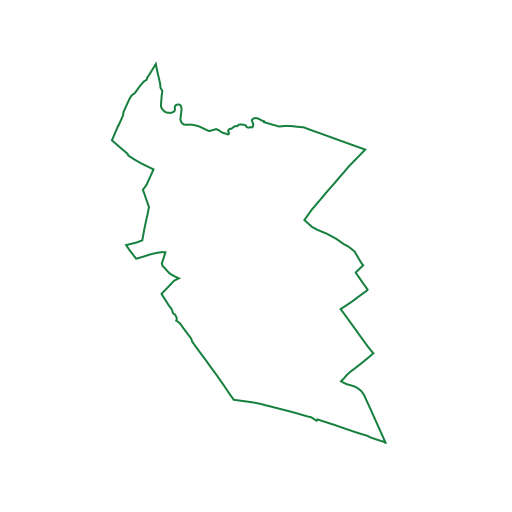 Dornesti, Suceava, Romania, rotated 170°
{"feature_id": "2599482B65590123395964", "entity_name": "Dornesti", "entity_type": "district", "adm_level": 2, "iso_a3": "ROU", "parent_name": "Romania", "parent_adm1": "Suceava", "projection": "mercator", "projection_center": [26.008, 47.885], "detail": "fine", "context": "isolated", "style": "outline", "palette": "green", "viewbox_px": 512, "rotation_deg": 170, "n_neighbors": 0, "source": "geoboundaries", "source_scale": "gbopen_adm2", "svg_char_len": 4521}
<svg xmlns="http://www.w3.org/2000/svg" viewBox="0 0 512 512"><g transform="rotate(170 256 256)"><path d="M377.8,394.9L371.4,387.0L364.8,379.0L364.3,377.1L361.4,374.4L358.5,371.7L352.6,366.8L341.9,359.1L343.7,356.4L349.5,348.0L351.2,345.4L353.8,342.8L355.9,340.9L355.0,335.7L354.2,330.7L352.9,322.6L354.0,320.0L354.9,317.5L358.0,310.1L361.4,301.6L365.3,291.1L366.5,290.9L367.7,290.8L369.3,290.3L371.6,290.0L376.1,289.7L382.0,289.3L381.2,287.4L380.1,285.0L378.9,282.4L377.6,280.1L376.0,277.0L374.7,274.6L374.5,274.1L365.7,275.1L360.3,275.9L355.9,276.2L352.2,276.3L347.6,276.1L344.6,275.4L347.4,269.9L350.0,265.2L349.7,262.2L349.1,261.5L347.9,259.9L346.7,257.9L345.2,255.5L344.8,254.8L343.5,253.2L341.6,251.7L339.6,250.0L336.6,247.9L335.9,247.4L340.9,245.9L355.6,235.1L355.3,234.3L354.5,232.2L353.8,230.6L352.5,227.5L351.5,225.2L350.8,223.3L350.2,221.9L349.6,220.8L349.2,220.3L348.8,219.3L348.2,217.7L347.9,216.6L347.9,215.2L347.7,214.3L347.3,213.6L346.6,212.9L345.8,212.2L345.7,211.9L345.4,210.8L345.0,209.5L344.9,208.5L344.9,207.9L345.8,206.2L345.0,205.5L343.9,204.4L343.0,203.3L342.4,202.4L341.7,201.1L340.1,197.6L336.9,191.3L334.8,187.2L334.0,185.3L333.9,184.6L333.9,183.6L333.8,183.1L333.0,181.2L331.6,178.3L330.2,175.4L327.3,169.6L324.2,163.5L322.6,160.2L319.7,154.1L315.6,145.9L312.6,139.4L310.2,134.3L307.8,128.9L306.8,126.6L305.8,124.3L304.5,121.7L303.4,119.5L302.9,118.3L288.3,113.6L283.8,112.1L278.3,110.0L262.8,103.0L246.9,95.8L232.2,88.6L229.6,87.6L226.3,84.5L224.9,83.2L223.8,84.4L223.6,84.3L220.5,82.6L215.2,79.8L210.4,77.2L208.9,76.5L207.8,75.9L205.7,74.7L202.0,72.6L197.0,69.8L193.8,68.1L193.4,67.9L191.5,66.8L189.8,65.9L188.5,65.2L185.9,63.8L181.4,61.5L178.7,60.2L178.0,59.9L175.5,58.0L174.9,57.5L169.8,54.7L163.4,51.3L161.9,50.5L161.8,50.4L161.7,50.3L161.4,50.0L161.1,49.5L160.8,49.5L170.4,87.5L173.1,97.7L173.2,99.0L173.9,100.6L174.6,102.3L175.5,104.2L176.5,105.6L177.6,106.8L178.8,108.1L180.8,109.8L182.1,110.6L185.7,112.5L188.7,113.9L191.1,115.5L192.0,116.2L193.4,117.4L194.0,117.9L190.1,120.6L188.3,122.2L186.3,123.7L184.1,125.0L183.1,125.7L179.2,127.6L168.7,133.2L161.7,137.2L158.6,139.1L157.3,139.8L159.1,142.8L160.6,145.5L161.8,147.8L164.3,152.9L167.1,158.7L168.8,162.2L169.5,163.6L170.4,165.7L172.1,169.1L176.1,177.3L178.0,181.2L181.9,189.1L178.6,190.4L168.8,194.7L163.0,197.7L156.9,200.7L154.4,201.9L152.6,202.8L152.2,203.1L151.9,203.6L155.7,211.4L158.3,217.1L160.0,220.6L160.5,221.8L160.6,222.5L152.0,228.3L153.4,230.6L156.3,238.3L158.1,243.3L163.3,249.2L167.7,252.6L173.9,258.9L182.2,265.5L190.5,270.8L195.6,274.7L198.5,278.4L202.1,283.0L196.5,288.5L193.1,291.9L181.2,301.7L174.8,307.1L166.4,313.8L159.3,319.7L154.8,323.3L148.9,328.2L130.0,341.8L152.5,354.7L172.1,366.0L182.0,371.6L186.4,374.3L187.7,374.7L191.5,375.7L198.2,377.7L202.4,378.6L204.7,379.0L210.7,379.5L215.7,381.9L216.6,382.3L220.8,384.4L224.9,386.4L224.6,387.2L225.2,387.6L226.8,388.4L227.1,388.6L227.8,389.3L228.4,389.8L229.3,390.4L230.0,390.9L231.7,391.7L232.8,391.9L233.8,392.0L235.5,391.4L236.4,390.6L236.6,390.0L236.2,388.5L236.0,387.1L235.9,386.3L236.1,385.4L236.1,384.8L236.5,384.1L237.5,383.3L238.1,383.6L238.5,383.8L239.2,383.8L241.0,383.7L242.2,384.2L243.0,384.8L243.2,385.6L243.4,386.3L244.6,387.1L246.8,387.8L248.6,388.2L250.2,388.3L251.1,387.7L251.6,387.2L251.9,387.1L252.2,387.1L253.2,387.4L254.4,387.5L256.5,386.4L257.6,385.9L258.2,385.6L258.6,385.6L259.1,385.6L259.9,385.8L260.3,385.6L261.0,384.9L261.5,384.4L261.8,383.6L261.6,382.9L261.3,382.0L261.3,381.4L261.7,380.8L262.3,380.6L262.9,380.7L265.1,382.1L265.9,382.4L267.5,383.2L268.1,383.7L269.4,384.8L270.0,385.3L270.7,386.2L270.9,386.5L271.3,386.7L272.2,387.1L272.9,387.6L273.1,387.9L276.1,387.6L280.2,387.1L281.3,387.7L285.2,390.4L289.1,393.2L292.0,394.7L296.5,396.5L299.8,397.1L301.7,397.3L304.4,398.1L306.0,399.9L306.8,403.3L305.4,408.2L304.3,411.7L303.8,413.6L303.8,415.5L304.0,417.0L304.8,418.2L306.4,418.8L308.5,418.6L310.0,417.4L310.5,414.0L311.4,412.5L314.8,411.7L318.0,412.4L320.1,413.3L321.8,415.2L323.3,417.9L323.5,420.6L322.3,425.4L321.1,430.1L319.6,434.7L320.9,438.5L320.6,440.8L320.5,442.4L320.6,444.5L320.8,448.4L320.9,450.5L321.0,452.5L321.2,457.0L321.3,460.4L321.3,462.5L325.1,458.2L329.0,453.8L332.4,450.2L332.5,449.4L332.9,448.8L334.0,448.2L335.2,447.7L336.4,447.2L339.0,445.0L339.8,444.5L344.2,440.2L347.3,437.3L349.8,436.2L351.3,435.1L353.3,432.7L358.5,425.2L361.6,420.6L362.3,418.1L363.1,416.7L365.2,413.6L369.1,407.9L369.3,408.0L369.5,407.6L371.2,405.0L377.7,395.1L377.8,394.9Z" fill="none" stroke="#15803d" stroke-width="2"/></g></svg>